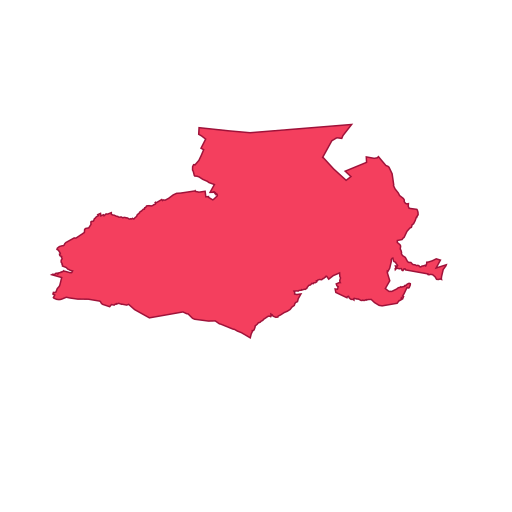 Tula de Allende, Hidalgo, Mexico (orthographic projection), rotated 310°
{"feature_id": "50627088B26454050476732", "entity_name": "Tula de Allende", "entity_type": "district", "adm_level": 2, "iso_a3": "MEX", "parent_name": "Mexico", "parent_adm1": "Hidalgo", "projection": "orthographic", "projection_center": [-99.373, 20.05], "detail": "fine", "context": "isolated", "style": "filled", "palette": "rose", "viewbox_px": 512, "rotation_deg": 310, "n_neighbors": 0, "source": "geoboundaries", "source_scale": "gbopen_adm2", "svg_char_len": 6157}
<svg xmlns="http://www.w3.org/2000/svg" viewBox="0 0 512 512"><g transform="rotate(310 256 256)"><path d="M132.6,184.0L132.8,184.0L135.3,188.5L137.1,189.5L136.9,197.4L140.1,214.1L166.2,236.0L167.2,239.9L168.0,241.2L167.5,247.4L168.1,249.6L175.6,261.4L180.1,266.5L180.5,271.5L181.2,272.9L185.2,285.4L186.0,286.8L186.5,289.9L187.9,294.1L189.6,304.2L193.3,302.4L195.7,301.8L196.5,301.1L197.0,301.8L198.2,302.0L201.2,300.9L201.8,300.3L204.5,300.8L206.5,300.7L206.7,301.1L208.1,301.8L209.2,301.8L211.1,302.6L212.3,302.5L217.8,304.1L218.9,305.5L219.0,306.3L219.9,306.1L221.1,304.7L221.4,306.3L220.9,307.5L221.1,308.4L221.8,310.6L223.3,312.0L224.2,311.6L226.7,312.7L230.9,314.0L233.8,315.5L237.0,316.5L240.1,316.4L242.8,317.1L244.6,316.3L246.0,316.3L247.7,317.1L250.5,315.8L255.8,314.8L252.7,312.0L251.7,310.0L253.1,308.9L253.5,307.7L255.8,310.0L256.1,310.8L257.3,311.1L258.8,312.6L259.5,312.6L259.5,313.1L261.6,314.4L262.1,315.2L264.0,315.7L264.9,315.4L267.4,315.3L268.8,316.3L271.0,316.4L271.5,317.6L272.6,317.5L273.8,318.7L275.3,319.1L275.9,318.2L276.7,319.0L277.4,318.8L278.8,319.7L280.1,321.6L281.6,321.7L282.2,322.3L283.7,322.4L284.2,322.7L285.5,322.6L285.9,323.2L285.0,326.6L290.7,327.8L296.8,330.9L294.3,333.3L293.5,334.9L291.2,335.8L290.2,336.8L289.8,337.7L289.0,336.8L286.2,335.4L285.3,336.9L285.1,338.0L285.4,338.6L282.9,339.8L281.6,337.8L279.4,340.6L282.5,352.5L283.6,352.1L284.6,352.8L283.9,354.2L283.8,355.8L283.9,356.7L285.1,358.2L285.2,359.3L286.4,358.3L286.8,358.6L287.8,360.8L288.1,360.8L288.5,361.9L288.9,362.1L289.4,364.8L290.0,365.8L290.9,366.2L291.3,367.4L293.0,368.2L293.5,368.6L293.2,368.9L294.7,369.8L296.8,372.2L296.5,376.7L297.3,382.0L298.9,384.7L310.5,394.5L314.0,394.3L314.1,394.7L316.3,395.5L316.6,394.7L317.4,394.3L317.6,395.8L319.8,395.1L319.6,394.0L322.1,393.7L327.9,392.2L329.0,392.0L329.3,393.2L330.2,393.7L333.0,392.8L334.0,392.0L333.5,390.8L331.6,389.9L330.1,389.9L329.2,389.0L328.7,389.0L328.4,389.4L325.4,387.2L325.5,386.7L324.1,386.2L323.2,385.4L321.2,385.0L316.2,382.8L314.3,380.5L314.2,376.0L323.0,374.4L327.7,367.2L328.8,366.4L328.8,367.0L332.5,366.3L338.7,363.2L340.3,361.8L341.9,361.8L342.4,362.2L340.6,364.5L340.5,365.4L340.9,367.1L340.4,367.9L339.9,370.5L338.9,370.7L338.9,370.2L338.5,370.1L338.0,369.2L337.5,369.9L337.9,370.8L337.7,371.0L335.8,370.7L335.1,371.5L337.1,371.6L338.4,374.1L339.7,375.3L339.2,376.9L338.9,377.1L339.2,377.9L340.5,377.9L340.9,377.6L341.6,377.9L342.0,378.7L341.5,379.5L352.5,398.7L352.4,399.4L352.8,399.4L352.7,400.5L354.1,401.5L355.2,403.2L355.2,406.5L354.2,409.3L355.2,410.8L356.8,411.9L357.3,413.2L357.8,412.5L359.8,411.2L366.0,408.1L370.5,407.8L371.6,407.4L362.6,401.7L371.4,399.9L369.7,395.9L365.6,394.1L362.0,391.8L361.0,390.8L359.8,391.7L357.6,392.5L357.3,392.3L357.6,391.5L355.6,390.3L355.2,389.7L353.5,389.2L353.0,388.1L353.3,387.1L352.9,386.0L351.8,385.1L351.5,383.5L350.4,381.9L350.3,381.0L350.6,378.8L349.1,376.9L349.3,375.2L350.9,371.3L350.5,367.9L351.2,365.9L352.3,365.2L353.4,363.6L354.1,362.0L356.6,360.4L357.2,359.0L357.2,355.5L358.7,354.3L362.5,357.3L364.3,357.2L365.4,357.5L371.9,355.8L376.3,355.9L377.9,356.6L380.3,355.5L381.9,356.0L385.4,355.2L388.5,354.0L389.2,353.9L389.2,354.2L390.4,353.8L391.8,353.7L393.7,351.9L394.9,350.0L395.1,349.2L391.0,342.7L391.9,340.7L394.1,339.1L392.9,338.1L392.4,336.8L392.9,334.6L394.2,333.6L394.8,332.0L394.6,327.1L395.7,324.6L396.8,319.3L398.3,316.1L399.0,315.8L406.5,307.4L409.5,300.8L409.5,299.4L408.8,297.3L410.8,285.9L409.2,285.8L406.8,283.8L402.8,276.8L398.8,280.5L378.3,269.8L377.9,277.7L371.9,276.4L372.6,259.4L374.6,244.3L374.4,244.5L374.3,243.7L393.0,240.0L398.0,241.7L398.9,242.4L401.2,246.1L404.1,245.2L418.2,244.7L346.6,172.2L333.9,154.0L317.7,129.9L312.4,133.9L313.0,137.1L313.2,142.3L303.2,144.6L303.8,147.6L297.9,149.4L292.5,150.8L286.5,150.7L286.3,149.9L285.9,149.5L283.7,150.0L281.1,152.1L280.4,153.7L278.0,157.0L277.9,157.7L279.2,159.5L280.0,161.6L280.5,165.9L281.9,170.7L282.0,172.7L284.0,178.2L275.2,179.9L277.4,182.4L277.8,182.1L278.2,182.7L277.8,182.9L278.4,184.0L277.5,184.4L278.1,185.3L277.6,185.6L278.0,186.1L277.6,186.2L278.1,186.7L277.8,187.3L277.1,187.7L272.1,187.1L271.2,186.8L270.4,181.9L271.0,181.4L269.1,179.5L272.9,175.4L268.0,171.1L267.9,170.5L266.7,168.5L266.9,167.5L266.4,167.6L266.0,166.9L255.5,157.6L253.0,154.9L249.6,153.3L244.0,152.0L240.3,150.5L239.4,149.0L238.4,148.8L238.7,147.5L232.5,145.3L232.6,144.5L232.1,144.4L231.9,145.0L231.2,145.5L230.3,145.3L229.6,144.7L228.4,144.5L227.1,143.7L225.8,141.7L224.2,140.1L223.6,140.0L222.4,140.3L221.4,139.7L220.1,140.4L219.5,139.6L216.4,139.3L216.2,139.0L214.6,138.7L214.0,139.1L211.4,138.5L209.5,139.1L207.7,138.7L206.0,138.7L205.6,138.3L205.5,137.2L204.3,136.8L203.8,135.8L203.4,135.8L202.8,135.2L202.6,133.4L202.2,132.4L201.7,132.1L201.5,131.2L200.8,130.1L199.7,129.5L199.2,127.5L198.2,126.8L197.4,125.6L197.5,124.7L196.7,123.5L196.1,121.1L195.4,120.1L194.9,118.5L196.2,117.3L192.9,115.5L192.3,114.9L191.9,114.1L189.1,113.7L189.5,112.6L187.0,111.4L188.7,109.5L186.0,108.2L185.7,109.4L183.5,108.5L181.4,108.5L180.8,108.2L178.5,109.0L177.8,108.8L176.9,107.8L176.0,107.6L174.1,109.3L170.0,109.8L167.6,107.8L166.3,107.6L163.7,109.4L154.4,106.7L153.4,106.0L153.0,105.1L144.1,101.7L142.5,101.6L141.2,102.0L140.1,101.8L139.2,100.9L136.8,99.3L134.3,98.8L133.1,99.3L133.4,100.8L132.3,104.4L131.9,104.7L131.1,104.3L130.5,105.0L130.2,106.0L130.7,107.4L129.9,107.8L129.5,109.0L128.7,109.4L127.7,109.4L126.1,110.6L125.4,112.7L124.8,112.9L124.7,113.5L123.9,114.2L125.2,118.0L125.0,120.5L125.6,122.0L125.5,122.7L126.7,125.1L124.9,125.5L124.5,125.3L123.5,123.9L121.7,119.8L120.9,118.8L121.1,118.2L119.4,117.8L118.6,117.0L118.2,117.2L116.1,115.6L115.1,115.9L114.8,115.6L115.6,115.3L114.3,114.0L113.7,113.6L112.4,113.7L111.4,112.0L110.4,111.6L114.6,121.0L107.9,124.3L106.3,124.8L103.3,124.7L99.8,125.9L98.6,125.2L97.9,124.2L96.3,124.9L96.8,126.9L93.9,127.5L93.8,128.3L94.6,131.0L95.7,132.8L96.8,134.0L98.1,134.9L102.5,137.2L104.2,140.4L108.3,147.0L115.2,155.4L121.0,165.3L121.0,166.3L120.3,168.2L120.4,169.6L123.1,176.5L125.9,176.5L127.2,178.9L128.0,178.9L129.7,179.7L129.4,180.0L131.5,181.2L132.6,184.0Z" fill="#f43f5e" stroke="#9f1239" stroke-width="1.5"/></g></svg>